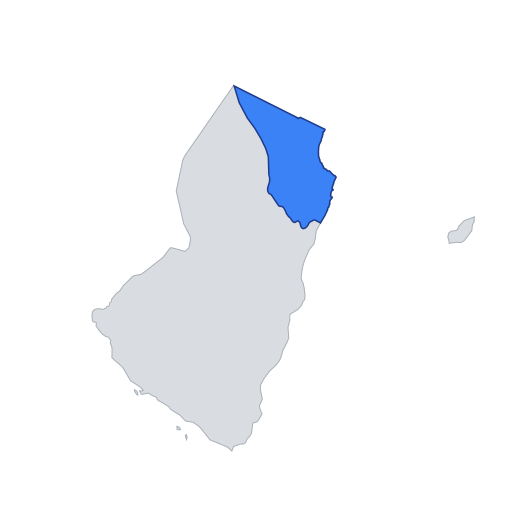 where Al Mahrah sits in Yemen, rotated 315°
{"feature_id": "YEM-332", "entity_name": "Al Mahrah", "entity_type": "Governorate", "adm_level": 1, "iso_a3": "YEM", "parent_name": "Yemen", "parent_adm1": "", "projection": "equal_earth", "projection_center": [51.606, 17.039], "detail": "fine", "context": "in_parent", "style": "filled", "palette": "blue", "viewbox_px": 512, "rotation_deg": 315, "n_neighbors": 0, "source": "natural_earth", "source_scale": "10m", "svg_char_len": 5248}
<svg xmlns="http://www.w3.org/2000/svg" viewBox="0 0 512 512"><g transform="rotate(315 256 256)"><path d="M394.2,215.0L378.9,222.2L374.9,225.5L371.2,229.4L368.5,234.4L366.6,243.2L368.0,251.2L367.9,255.5L363.9,258.3L360.3,260.4L356.2,263.5L353.7,264.3L351.6,266.8L349.2,268.5L340.7,273.0L331.3,276.5L316.5,280.7L310.7,285.3L305.5,288.4L297.6,289.3L286.6,293.7L280.6,297.1L273.0,302.8L271.4,304.6L270.0,308.7L267.7,312.3L263.1,318.2L259.7,321.2L257.4,321.4L253.0,323.1L247.8,323.4L239.0,321.3L236.8,322.8L234.9,325.1L228.1,329.1L221.2,337.2L216.1,339.3L207.9,341.9L202.2,345.2L198.4,346.6L193.4,347.3L184.3,347.0L175.6,348.2L167.6,350.5L163.8,354.8L159.4,361.6L152.4,364.4L150.7,366.9L148.5,372.0L143.9,373.3L139.8,374.1L135.6,371.9L127.6,378.0L124.6,379.0L120.1,379.2L116.8,380.5L114.5,380.2L111.7,377.8L105.5,374.9L101.0,376.8L100.7,371.0L93.5,353.4L95.2,338.1L95.2,335.9L93.9,329.1L89.5,322.8L89.7,314.9L88.3,309.3L87.2,303.5L87.6,301.9L87.7,300.5L85.6,291.6L84.9,289.8L84.6,287.9L85.4,286.5L85.4,284.8L84.2,282.1L83.0,276.9L77.1,272.8L78.3,269.0L79.5,270.3L81.1,271.4L81.4,269.0L81.5,267.1L79.1,255.5L83.1,240.1L82.1,226.2L87.8,220.6L89.3,219.0L90.1,217.5L91.5,214.3L93.4,213.3L94.1,210.0L94.0,208.3L92.9,206.9L92.1,203.0L92.4,198.1L92.8,196.0L93.4,192.3L95.4,190.9L95.9,189.8L94.4,187.4L94.6,186.0L98.0,182.1L99.4,180.9L101.6,179.6L103.3,179.6L105.2,180.3L107.0,181.5L108.6,183.5L110.4,185.8L113.1,186.6L115.0,186.4L116.5,187.4L117.8,186.9L119.3,185.7L121.7,185.8L123.8,184.4L129.8,183.8L135.6,184.2L141.7,183.1L147.8,183.2L153.9,183.2L155.2,183.4L156.5,184.1L161.6,187.6L165.5,188.3L173.4,189.3L181.7,190.3L189.0,191.2L195.1,190.4L200.2,189.7L201.6,189.8L203.1,192.0L206.2,197.4L209.0,202.5L214.1,202.8L217.4,200.9L221.0,198.2L223.2,196.1L225.8,187.8L227.5,182.4L231.3,176.4L234.5,171.3L238.7,164.6L241.0,160.9L245.6,153.6L249.9,150.8L258.4,145.3L266.6,139.9L272.0,136.4L276.5,134.8L284.1,133.4L293.1,131.8L302.1,130.2L311.6,128.4L322.2,126.5L329.5,125.2L338.8,123.5L346.6,122.1L353.4,120.9L360.5,119.6L361.9,123.6L363.2,127.7L364.5,131.7L365.9,135.8L367.2,139.8L368.6,143.9L369.9,147.9L371.2,152.0L372.6,156.0L373.9,160.1L375.3,164.1L376.6,168.2L378.0,172.3L379.3,176.3L380.7,180.4L382.0,184.4L383.3,188.4L385.5,189.7L386.8,193.5L388.6,198.9L390.5,204.2L392.3,209.6L394.2,215.0ZM415.3,379.3L417.2,379.8L420.0,378.4L428.3,378.2L438.2,382.8L436.3,384.0L435.2,385.6L430.9,387.1L426.5,390.7L414.0,392.4L410.3,391.4L407.3,388.0L401.6,383.6L403.8,380.8L404.3,379.5L405.1,378.2L408.3,376.1L411.5,376.4L415.3,379.3ZM80.3,324.5L79.9,325.3L79.3,325.1L77.5,323.0L79.6,320.5L80.6,322.8L80.3,324.5ZM75.1,269.9L74.1,270.8L73.8,269.2L74.5,265.6L75.5,264.6L76.1,267.3L75.7,268.7L75.1,269.9ZM79.2,335.4L77.1,336.7L78.6,333.4L80.0,332.8L80.4,332.9L79.2,335.4Z" fill="#d9dde1" stroke="#a8b0b8" stroke-width="1"/><path d="M360.8,120.3L361.6,122.8L362.9,126.7L364.2,130.7L365.5,134.6L366.8,138.5L368.1,142.4L369.4,146.3L370.7,150.2L372.0,154.1L373.3,158.1L374.6,162.0L375.9,165.9L377.2,169.8L378.5,173.7L379.8,177.7L381.1,181.6L382.4,185.5L383.3,188.4L383.3,188.5L383.1,188.5L383.5,188.9L384.7,189.0L385.2,189.2L385.5,189.8L386.7,193.2L388.6,198.7L390.5,204.2L392.4,209.7L394.3,215.2L393.7,215.6L392.3,216.1L391.1,215.8L390.8,216.2L390.4,216.3L390.1,216.3L389.8,216.5L389.2,217.3L388.9,217.6L388.1,217.9L387.1,218.7L385.8,219.0L385.2,219.4L384.1,220.3L383.6,220.5L379.4,222.0L377.4,223.2L374.0,226.3L370.9,229.5L370.2,230.7L369.8,231.5L369.2,232.9L368.2,234.4L368.0,234.9L367.9,235.4L367.9,235.8L367.9,236.3L368.0,236.7L368.1,236.8L367.9,237.5L367.2,238.6L366.9,240.2L366.1,241.3L366.0,242.1L366.2,242.9L366.7,243.8L367.0,244.7L366.6,246.4L367.1,247.0L368.1,247.7L368.1,248.3L367.9,251.2L368.0,253.0L368.3,254.7L368.5,255.0L368.7,255.4L368.7,255.7L368.5,256.0L368.5,256.6L368.4,256.9L368.2,257.1L367.3,257.3L362.7,259.0L362.5,259.3L362.3,259.6L362.1,259.8L361.8,259.9L361.3,259.9L361.0,260.0L358.7,261.2L357.5,262.2L357.5,263.1L357.5,263.3L357.4,263.3L357.3,263.8L357.2,263.9L356.9,263.7L356.6,263.5L356.4,263.2L356.1,263.1L355.7,263.5L354.0,264.1L351.6,265.8L351.2,266.3L351.0,266.9L351.2,267.7L351.5,268.1L351.5,268.4L350.8,268.7L347.6,269.1L347.0,269.3L346.5,269.7L346.0,270.1L345.3,271.2L344.7,271.3L344.4,271.7L344.0,271.7L342.5,272.6L342.1,272.9L341.3,272.6L340.4,273.0L339.7,273.7L339.1,274.0L333.0,276.2L326.3,277.8L324.9,278.3L324.8,278.1L324.8,277.3L324.5,276.7L324.3,276.0L324.0,275.3L323.8,274.2L323.4,273.4L323.2,272.6L322.6,271.6L321.9,271.2L320.3,270.9L318.2,270.1L316.2,270.3L315.5,270.6L314.7,270.9L312.4,271.2L310.8,271.1L309.0,270.3L308.5,269.6L308.3,268.9L308.3,268.1L308.4,267.4L308.7,266.7L309.2,266.0L309.8,264.7L310.2,264.1L310.6,263.5L310.7,261.9L310.5,261.1L310.2,260.7L309.0,260.2L308.1,260.1L307.1,259.7L306.6,258.8L306.3,257.4L306.6,255.8L306.8,254.7L307.1,253.9L307.1,253.1L307.0,252.1L306.9,251.0L307.2,249.9L307.3,248.8L307.5,247.4L308.0,246.7L308.5,245.5L309.7,241.4L309.5,239.9L309.2,238.8L308.5,238.4L308.1,237.8L307.6,237.0L307.7,235.5L310.1,223.7L309.8,222.2L309.5,221.3L309.5,220.4L310.0,218.8L310.6,217.8L311.4,217.0L312.6,216.0L318.0,213.1L320.4,211.0L322.8,207.4L335.0,194.4L338.9,186.9L342.6,176.2L345.5,164.7L347.4,152.5L352.5,135.8L360.8,120.3L360.8,120.3Z" fill="#3b82f6" stroke="#1e3a8a" stroke-width="1.5"/></g></svg>